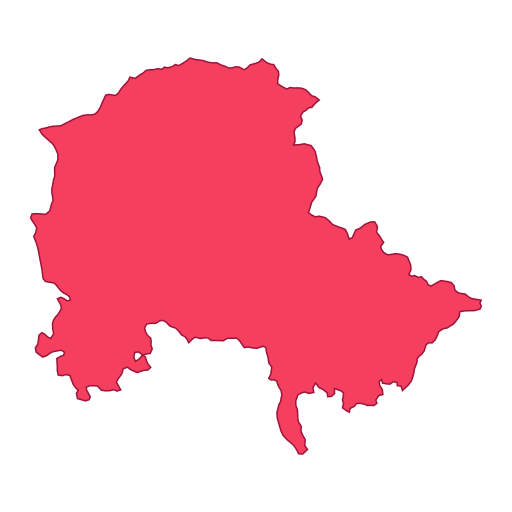 Angatuba, São Paulo, Brazil (Albers equal-area conic projection)
{"feature_id": "56859067B11157452841276", "entity_name": "Angatuba", "entity_type": "district", "adm_level": 2, "iso_a3": "BRA", "parent_name": "Brazil", "parent_adm1": "São Paulo", "projection": "albers", "projection_center": [-48.445, -23.449], "detail": "fine", "context": "isolated", "style": "filled", "palette": "rose", "viewbox_px": 512, "rotation_deg": 0, "n_neighbors": 0, "source": "geoboundaries", "source_scale": "gbopen_adm2", "svg_char_len": 5402}
<svg xmlns="http://www.w3.org/2000/svg" viewBox="0 0 512 512"><path d="M319.2,100.0L315.0,96.7L311.7,95.8L308.8,92.7L305.6,89.7L301.6,88.2L298.0,87.9L293.9,88.0L289.9,87.5L287.1,89.1L282.2,86.7L277.7,83.7L277.7,80.3L278.8,74.9L278.4,71.4L275.8,68.1L273.7,64.6L271.0,64.3L266.6,62.6L262.0,58.8L259.4,61.8L255.6,63.4L250.2,64.8L247.2,67.8L244.2,69.8L239.3,67.1L235.4,66.8L232.4,67.8L228.6,68.1L224.8,66.1L220.8,64.9L217.0,62.8L212.9,62.9L207.7,62.2L203.5,60.6L194.9,59.4L190.1,58.0L186.2,61.1L181.9,63.8L178.7,65.6L175.4,64.5L171.9,66.8L167.3,67.8L164.4,67.1L162.0,69.3L158.2,68.6L153.6,69.7L150.1,69.7L145.8,70.5L143.2,73.0L139.9,74.9L135.1,78.4L130.0,77.1L128.1,81.0L122.8,86.8L120.9,89.1L118.3,93.2L115.3,95.5L108.9,94.4L105.7,95.1L102.4,102.2L100.1,107.8L97.7,111.5L95.1,114.0L91.7,114.9L87.3,114.8L82.7,115.5L73.3,119.3L66.6,122.8L60.8,125.8L52.7,126.3L49.1,127.0L45.7,128.0L42.3,128.6L39.3,129.8L42.1,134.3L44.7,136.8L47.1,138.9L50.7,142.0L53.5,144.9L55.3,148.1L57.9,154.2L57.8,160.0L54.6,167.6L54.6,171.4L54.8,175.9L53.5,179.9L52.8,184.3L51.9,188.5L51.9,192.7L52.5,196.2L53.1,200.5L51.5,204.0L49.8,210.8L45.8,214.3L38.7,213.8L35.5,213.6L32.0,214.0L30.7,218.0L32.4,221.1L34.3,223.7L36.7,227.8L35.8,232.4L33.7,236.5L36.5,243.4L38.1,249.2L39.4,256.1L41.9,269.1L43.1,278.6L45.5,281.5L50.3,282.3L54.4,283.2L56.7,285.7L60.5,290.4L63.3,292.8L67.0,294.8L69.3,296.6L70.5,300.1L67.1,300.8L63.7,298.5L60.6,297.3L57.4,298.8L61.0,305.4L61.3,308.7L59.8,311.4L58.1,314.2L55.7,316.8L53.6,319.9L52.5,323.3L52.8,329.5L53.7,333.5L50.9,338.3L48.0,337.3L44.8,334.3L42.0,332.6L39.0,335.2L37.9,344.0L35.4,347.8L36.1,352.1L39.0,354.4L42.8,357.1L46.9,355.5L50.4,352.9L53.3,351.6L57.1,350.9L61.3,350.2L64.5,352.3L63.5,355.5L60.7,356.2L56.8,358.5L57.3,366.5L57.3,370.6L58.2,375.1L62.5,375.7L65.6,374.6L69.8,375.4L71.6,380.1L73.3,384.5L75.9,388.0L78.3,390.3L76.4,393.1L77.5,398.6L82.4,400.0L85.3,400.9L89.0,399.8L90.3,396.8L86.7,390.3L86.3,387.2L90.0,385.7L97.3,385.9L101.3,390.2L105.4,390.8L109.6,390.7L113.9,389.7L117.0,391.1L120.7,389.9L118.3,385.5L116.5,382.4L117.7,379.5L121.8,373.9L123.2,368.8L127.5,367.2L130.5,369.6L134.8,371.5L137.5,372.6L140.8,371.2L143.9,370.4L147.9,370.0L150.7,367.4L147.8,363.8L146.6,361.1L145.4,357.0L142.6,354.8L147.0,353.9L150.2,353.4L152.2,349.0L150.9,344.8L151.2,341.5L150.7,338.3L147.4,335.2L145.5,331.7L144.6,327.9L146.6,324.1L150.9,323.3L155.5,323.4L159.6,320.9L162.4,320.3L166.0,321.9L170.0,326.2L175.9,328.2L179.0,331.5L181.4,334.8L185.4,337.0L187.2,339.7L188.8,342.7L191.9,339.5L195.0,337.2L200.7,338.5L205.2,337.7L208.1,338.0L211.1,340.5L218.3,340.5L223.1,340.8L227.4,338.3L233.1,338.3L236.8,338.1L239.6,340.8L244.3,347.6L247.9,347.0L252.3,347.8L256.8,348.4L262.8,346.3L265.9,347.4L266.3,351.3L268.0,357.4L268.9,363.2L271.8,367.2L271.2,370.7L270.8,374.2L268.7,378.4L271.2,380.0L274.1,379.8L276.7,381.1L278.2,385.8L281.1,390.6L281.8,394.9L281.1,398.3L280.6,401.6L279.0,404.4L278.2,407.6L276.9,412.5L277.3,418.1L278.6,422.9L281.1,431.3L282.9,435.1L284.8,437.3L287.5,440.1L290.4,442.4L293.7,445.4L296.9,450.1L298.6,453.8L302.7,454.0L307.5,449.5L304.8,445.6L305.2,439.6L302.4,434.6L301.0,431.3L301.2,426.3L298.3,421.5L297.8,417.9L297.7,414.3L297.4,409.7L295.8,405.2L295.8,400.7L298.0,394.7L302.1,392.7L305.0,392.0L308.7,393.4L313.8,392.5L312.9,387.7L315.5,383.0L319.2,387.8L322.6,389.2L327.2,392.8L327.7,396.8L331.6,396.3L334.5,393.5L334.5,388.5L338.0,389.8L341.4,391.1L343.5,393.0L343.1,397.0L342.4,399.9L343.5,403.3L342.5,407.8L346.4,410.7L349.4,412.2L350.0,408.5L354.4,406.3L356.3,403.6L359.9,403.3L364.6,404.2L367.2,405.5L370.5,405.3L373.8,405.6L376.9,403.3L375.8,400.0L378.8,395.6L382.9,394.5L382.3,389.5L379.7,385.4L379.1,381.6L381.5,379.5L382.6,383.2L387.1,383.9L390.0,384.1L393.2,381.7L397.1,382.4L397.3,385.7L401.1,386.1L402.4,390.5L408.1,385.3L411.4,380.9L412.9,376.3L413.8,373.2L414.4,369.0L415.9,365.1L417.0,362.3L417.2,358.7L419.4,356.0L421.8,354.1L424.2,350.9L425.1,347.9L426.1,344.7L428.7,342.8L432.1,342.9L435.3,339.8L437.4,335.4L438.7,331.7L443.0,328.8L447.3,327.9L450.4,325.9L453.3,324.1L455.6,321.5L459.2,316.6L459.8,311.7L465.2,310.8L474.6,310.6L480.1,309.0L481.3,306.0L479.9,303.2L481.2,300.2L471.6,298.5L468.7,297.0L465.2,294.0L462.3,293.7L458.5,292.9L455.0,290.2L453.9,285.4L451.2,282.5L446.5,281.4L440.8,280.6L437.2,282.5L433.8,284.5L430.8,286.1L427.9,284.5L426.5,281.3L423.7,279.2L421.5,276.7L418.4,277.5L414.5,275.5L411.7,276.3L408.9,274.4L411.0,269.6L410.6,264.7L408.9,260.6L407.5,257.1L403.8,255.3L399.4,254.1L394.9,253.7L390.9,254.5L387.7,254.8L383.8,252.6L381.6,249.7L380.7,246.3L383.7,242.5L381.5,239.3L379.3,235.6L376.5,232.3L377.1,229.2L377.3,226.2L374.7,221.9L371.0,221.9L368.1,223.0L364.7,224.5L360.2,228.2L355.8,230.0L353.8,234.3L352.4,237.6L349.2,239.1L347.6,234.2L345.5,229.6L342.4,228.2L339.3,227.2L336.0,225.9L332.5,224.5L329.3,221.0L325.3,217.7L322.3,216.9L318.9,216.2L315.3,216.9L311.0,214.6L308.5,212.5L310.1,207.8L311.6,202.4L315.9,196.2L316.6,192.0L317.1,188.6L320.2,184.0L322.6,179.3L321.2,175.2L319.8,171.4L319.7,167.7L318.4,164.4L317.3,161.5L316.7,158.0L315.2,151.5L313.2,148.3L311.0,145.5L307.9,144.8L304.4,143.8L299.8,144.6L293.6,145.0L295.0,141.7L294.9,137.3L294.0,132.0L295.5,128.4L301.2,124.1L302.2,120.1L300.5,116.2L303.0,112.0L305.6,110.6L308.8,107.8L311.9,107.3L315.0,103.6L319.2,100.0ZM142.6,354.8L139.4,358.8L135.5,361.4L133.8,357.3L134.7,352.5L138.4,351.9L142.6,354.8Z" fill="#f43f5e" stroke="#9f1239" stroke-width="1.5"/></svg>